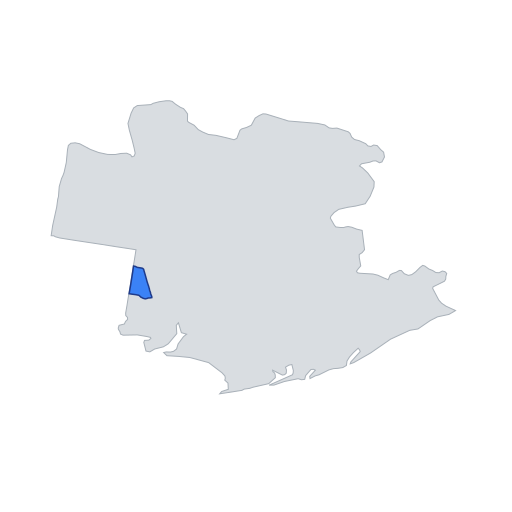 Haut-Komo, Wouleu-Ntem, Gabon (highlighted), rotated 279°
{"feature_id": "22940354B77871710228177", "entity_name": "Haut-Komo", "entity_type": "district", "adm_level": 2, "iso_a3": "GAB", "parent_name": "Gabon", "parent_adm1": "Wouleu-Ntem", "projection": "equal_earth", "projection_center": [10.636, 0.825], "detail": "fine", "context": "in_parent", "style": "filled", "palette": "blue", "viewbox_px": 512, "rotation_deg": 279, "n_neighbors": 0, "source": "geoboundaries", "source_scale": "gbopen_adm2", "svg_char_len": 4133}
<svg xmlns="http://www.w3.org/2000/svg" viewBox="0 0 512 512"><g transform="rotate(279 256 256)"><path d="M339.5,59.7L339.3,64.3L335.4,75.6L333.6,84.3L333.1,93.6L334.2,101.1L336.1,106.4L337.3,112.2L336.3,116.3L334.5,118.0L335.8,120.1L338.6,120.6L343.4,118.8L350.8,115.7L360.5,111.2L366.9,108.8L377.5,110.3L383.1,112.0L386.0,115.2L389.1,128.5L390.7,130.5L393.2,136.2L395.3,143.0L395.8,146.5L395.6,149.0L393.4,152.7L391.0,158.1L390.2,161.4L388.1,163.8L385.6,166.2L378.5,167.2L377.5,168.6L375.5,174.4L371.8,179.2L370.1,183.9L368.6,190.0L368.9,197.7L368.1,208.7L367.4,216.1L369.2,218.7L377.7,220.5L379.3,222.0L381.5,226.6L384.4,230.9L392.1,233.6L395.1,237.0L397.5,240.6L397.8,243.6L396.1,255.5L394.4,267.0L395.1,275.7L395.7,284.0L396.6,296.1L396.2,303.5L394.0,308.1L394.0,311.6L395.0,315.9L393.1,327.7L391.8,329.7L388.4,331.9L386.5,335.0L386.0,340.0L384.1,346.8L382.2,349.3L382.2,352.5L384.0,354.8L384.0,358.4L380.5,362.6L378.5,365.8L373.9,367.4L368.6,365.7L367.4,363.4L368.7,359.7L368.2,356.8L366.4,353.7L363.6,345.8L361.1,344.1L359.7,347.3L355.5,353.4L347.9,361.1L342.6,361.7L332.9,359.4L324.7,355.7L320.9,346.6L318.5,339.1L315.0,330.4L311.1,326.3L306.9,323.7L305.0,323.5L299.0,328.3L297.2,330.2L297.3,334.3L297.8,338.1L298.7,339.9L299.5,342.4L299.4,346.1L298.3,351.2L297.9,356.8L279.2,362.2L275.9,360.3L273.6,357.7L270.7,358.2L262.6,361.0L259.6,359.1L256.7,357.6L255.3,358.8L255.2,361.2L256.5,374.3L256.1,379.3L254.3,385.8L253.3,390.3L258.3,391.5L260.1,393.6L261.8,396.9L264.2,399.9L264.4,401.8L261.7,405.2L260.7,409.5L262.0,412.8L265.4,416.2L270.4,419.8L272.8,422.1L272.5,424.3L270.2,428.8L269.3,432.7L267.8,436.2L268.1,439.4L270.3,442.4L270.1,445.1L268.6,447.1L265.5,446.7L262.9,447.0L260.6,446.1L253.3,435.8L251.7,435.5L241.1,443.4L238.4,446.7L236.2,451.4L233.3,461.6L228.5,455.7L224.3,444.8L219.5,438.2L209.3,427.4L206.6,419.4L194.9,401.9L178.2,384.4L166.0,369.2L164.2,365.9L166.3,366.3L177.9,373.9L179.5,373.0L180.9,371.3L175.8,367.3L171.0,364.2L166.5,362.3L162.0,362.4L159.4,359.2L157.8,354.3L156.9,350.2L154.9,345.8L148.5,336.8L146.9,333.3L143.4,328.5L145.6,327.9L152.5,332.5L153.1,330.6L152.5,328.0L145.6,323.7L141.8,323.4L140.9,320.3L141.4,316.8L136.5,303.7L131.3,293.9L130.5,289.2L144.4,310.6L146.3,311.0L148.7,310.8L154.4,308.4L153.3,305.5L150.8,302.5L148.2,303.9L145.0,304.2L143.3,302.9L142.5,300.7L145.8,290.3L144.4,290.8L143.3,292.7L141.5,293.6L138.8,294.1L131.9,288.5L125.9,273.5L124.3,270.5L122.7,265.2L121.1,263.1L114.2,241.7L116.8,243.3L120.0,249.5L126.1,248.2L128.5,244.6L130.6,244.8L132.7,244.0L135.4,240.6L143.3,225.9L145.4,206.5L144.7,195.0L143.6,183.6L146.2,179.9L147.2,182.3L147.7,186.4L148.9,189.4L151.7,192.1L156.9,192.8L165.0,197.0L167.9,199.7L168.6,194.3L177.9,189.8L175.1,188.1L166.9,189.9L155.6,183.1L151.8,178.7L148.3,170.5L144.7,166.1L144.9,162.2L153.1,158.7L155.2,159.1L156.1,163.3L158.2,165.1L159.1,164.5L159.4,160.9L159.5,151.1L157.0,137.1L157.7,134.4L160.0,133.4L162.0,131.6L163.3,131.2L166.1,131.6L167.5,134.8L168.2,136.6L171.0,137.4L173.3,139.1L175.2,138.7L176.8,136.7L179.2,136.2L186.6,136.3L193.3,136.3L206.7,136.4L220.0,136.4L233.4,136.5L243.4,136.5L243.4,128.5L243.3,116.2L243.3,101.6L243.2,87.5L243.1,74.6L243.1,59.3L243.6,54.9L244.3,53.1L244.0,50.5L254.4,50.4L273.1,51.5L281.2,51.3L283.5,51.6L293.8,50.8L302.0,51.8L305.5,52.8L308.7,53.4L318.6,54.0L331.5,53.2L335.9,53.4L338.4,55.5L339.5,59.7Z" fill="#d9dde1" stroke="#a8b0b8" stroke-width="1"/><path d="M225.3,147.1L225.6,146.6L225.9,146.3L226.1,145.9L226.2,145.0L226.2,143.6L226.2,142.2L226.2,141.0L226.2,140.4L226.5,139.5L226.8,138.6L226.9,138.0L226.9,137.4L226.9,136.6L220.5,136.7L206.9,136.7L198.9,136.6L198.9,139.2L199.0,143.4L198.9,145.5L198.9,146.3L198.6,146.9L198.0,147.8L197.6,148.4L197.3,148.8L197.1,149.7L196.7,150.7L196.5,151.7L196.4,152.6L196.4,153.5L196.7,154.2L197.0,155.0L197.6,156.0L197.8,156.7L198.0,157.8L198.4,159.0L198.6,159.6L199.4,159.5L200.0,159.2L200.9,158.7L201.6,158.2L202.0,157.9L202.7,157.7L203.4,157.5L204.0,157.2L204.7,156.7L205.7,156.2L207.2,155.7L208.1,155.2L209.5,154.6L211.1,153.7L213.9,152.3L215.7,151.5L219.9,149.6L223.9,147.7L225.3,147.1Z" fill="#3b82f6" stroke="#1e3a8a" stroke-width="1.5"/></g></svg>